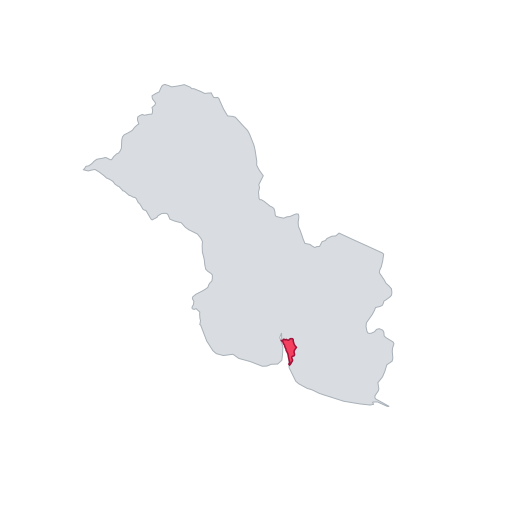 location of III-1 Essequibo Islands, Essequibo Islands-West Demerara, Guyana, rotated 153°
{"feature_id": "73187651B403858167670", "entity_name": "III-1 Essequibo Islands", "entity_type": "district", "adm_level": 2, "iso_a3": "GUY", "parent_name": "Guyana", "parent_adm1": "Essequibo Islands-West Demerara", "projection": "robinson", "projection_center": [-58.686, 6.757], "detail": "fine", "context": "in_parent", "style": "filled", "palette": "rose", "viewbox_px": 512, "rotation_deg": 153, "n_neighbors": 0, "source": "geoboundaries", "source_scale": "gbopen_adm2", "svg_char_len": 4990}
<svg xmlns="http://www.w3.org/2000/svg" viewBox="0 0 512 512"><g transform="rotate(153 256 256)"><path d="M171.6,238.7L161.8,226.2L151.8,213.7L142.1,201.4L141.4,199.7L145.5,193.9L149.2,189.6L152.2,187.2L153.7,185.1L152.6,176.1L152.6,172.8L151.2,169.3L150.2,165.3L151.4,162.0L152.9,159.7L154.8,158.8L159.4,158.0L162.6,157.7L163.7,156.4L165.6,154.8L168.1,154.7L172.9,155.8L175.1,153.8L179.0,151.1L187.9,146.4L189.9,143.4L191.3,138.7L191.2,136.5L190.3,135.6L188.1,134.8L184.7,134.7L182.0,135.9L179.2,135.3L176.8,132.4L176.7,130.0L178.1,126.6L177.3,124.3L172.9,117.2L172.9,115.2L176.1,112.0L177.9,109.2L180.5,102.7L182.5,100.5L188.7,99.7L190.2,98.3L193.4,94.9L198.1,90.9L204.9,87.8L206.8,82.0L208.0,80.5L213.4,77.5L214.4,75.8L214.3,74.4L205.6,61.5L207.3,62.4L214.0,70.8L217.7,72.6L218.5,72.7L218.6,70.5L222.0,71.4L230.8,77.2L243.7,86.7L261.8,104.6L266.9,111.4L270.4,114.7L275.8,122.5L277.4,126.3L277.2,141.5L272.4,151.8L271.3,159.6L271.0,169.9L268.2,175.8L271.9,172.6L273.1,163.3L276.2,157.6L280.3,151.4L285.7,149.9L291.6,152.6L296.3,153.0L300.4,154.9L309.3,164.8L317.9,172.6L321.1,178.9L330.2,182.1L335.7,187.0L337.4,191.3L338.5,202.6L336.7,219.5L337.2,220.4L334.7,223.7L334.3,225.8L332.7,229.6L331.5,231.6L333.3,236.3L335.3,236.5L336.1,237.1L336.7,238.1L336.5,239.1L335.7,239.9L333.8,241.1L331.9,243.8L332.1,246.8L330.9,248.3L327.1,249.2L319.7,249.2L316.1,249.4L313.1,249.9L311.2,251.8L308.8,253.2L306.9,253.5L305.2,255.7L303.5,258.9L304.1,261.1L305.8,264.0L306.8,267.0L305.5,271.8L304.0,275.5L303.2,278.3L302.0,283.8L299.2,289.8L297.1,293.2L297.1,296.9L298.2,302.2L304.0,309.9L305.9,313.6L307.5,319.5L312.7,324.1L316.0,327.9L315.7,332.8L316.2,334.4L318.2,335.6L320.7,336.6L323.5,336.5L325.9,336.1L326.5,335.4L332.2,335.3L332.8,336.5L333.2,343.7L333.4,346.6L334.8,347.7L335.6,349.5L335.6,351.1L335.9,355.1L336.7,357.2L336.6,361.5L337.2,363.0L338.7,364.1L340.7,367.1L341.5,367.5L341.9,368.6L343.6,372.9L344.4,374.2L345.0,374.4L345.3,375.9L346.5,380.0L347.4,381.0L349.0,384.0L349.6,387.3L351.7,390.9L353.9,393.5L354.8,396.2L357.6,402.1L360.2,406.2L363.8,407.3L366.8,407.9L368.7,409.5L370.6,411.2L368.6,412.0L366.8,413.1L364.3,412.3L360.9,412.7L357.3,413.9L354.0,414.5L347.8,412.6L345.9,412.3L344.7,411.5L342.1,407.9L340.9,407.4L337.6,409.2L333.5,410.3L331.6,410.1L329.3,411.3L327.1,413.0L323.0,420.2L320.9,422.7L318.6,423.8L314.1,423.8L309.2,424.1L305.6,425.8L302.2,426.7L300.5,426.8L299.9,430.7L299.1,432.5L298.1,433.6L295.4,433.9L293.0,433.7L291.6,432.1L288.9,431.3L286.5,430.7L285.0,429.8L283.8,430.0L282.7,431.6L281.9,433.0L281.2,435.6L277.6,436.4L276.0,437.9L276.9,442.7L276.5,444.6L275.8,446.0L271.4,446.3L267.7,446.2L265.6,448.0L262.9,450.1L261.3,450.5L259.4,450.3L256.9,447.9L254.4,445.0L248.3,442.9L242.1,441.2L238.1,436.5L237.2,434.2L235.3,433.2L230.5,427.6L227.9,424.1L225.1,423.1L221.8,421.6L221.9,419.0L221.7,416.5L220.3,415.5L218.3,414.8L217.6,413.4L217.8,410.2L218.2,401.7L217.7,393.7L213.3,390.9L211.4,389.0L208.1,377.0L206.5,371.7L206.4,367.7L207.5,355.8L208.8,350.6L212.2,340.3L214.1,336.8L214.2,334.2L214.1,330.8L213.1,324.2L218.8,320.0L221.2,318.2L221.7,315.4L224.7,311.9L226.1,308.5L227.2,305.8L226.9,304.4L225.6,303.6L224.0,301.1L220.7,293.8L219.5,292.4L218.5,290.3L219.0,287.1L220.3,283.6L220.1,282.2L218.1,280.3L214.1,277.1L210.7,276.9L208.0,275.8L204.2,275.6L201.1,275.3L199.3,274.1L199.7,272.2L200.5,270.7L203.1,267.0L204.8,263.1L205.0,259.3L205.6,254.3L206.3,249.9L206.7,245.0L202.6,241.8L201.3,239.1L199.7,236.8L197.8,236.8L195.0,235.7L190.6,238.8L187.2,238.3L184.8,239.4L179.4,239.2L175.9,237.7L171.6,238.7Z" fill="#d9dde1" stroke="#a8b0b8" stroke-width="1"/><path d="M261.5,156.7L261.7,157.2L261.8,157.9L262.0,158.3L262.0,158.7L262.0,159.2L262.0,159.7L262.0,160.3L262.0,160.8L261.8,161.5L261.7,162.0L261.6,162.6L261.4,163.2L261.2,163.8L261.0,164.2L260.8,164.8L260.9,165.4L261.1,165.8L261.5,166.0L261.9,166.3L262.3,166.5L262.8,166.7L263.3,166.7L263.8,166.6L264.3,166.5L264.6,166.3L265.1,166.2L265.5,166.3L265.9,166.6L266.2,167.0L266.5,167.3L266.7,167.8L267.1,168.0L267.5,168.0L268.1,168.0L268.4,168.3L268.6,168.8L268.9,169.2L269.4,169.3L269.8,169.1L270.0,168.8L270.5,168.6L271.7,169.1L271.6,168.3L271.0,167.5L271.0,167.2L271.3,166.1L271.3,165.3L271.0,163.8L271.4,162.3L271.6,160.9L271.5,159.6L271.6,159.2L271.8,158.9L272.0,158.2L272.1,157.9L271.9,157.3L272.0,155.9L272.0,154.3L272.2,153.7L272.3,153.1L272.5,152.8L273.1,150.9L274.0,146.9L274.3,145.9L274.7,145.4L275.8,144.8L275.6,143.5L274.8,143.8L274.4,144.0L274.0,144.2L273.7,144.4L273.3,144.6L272.9,144.9L272.6,145.2L272.1,145.4L271.7,145.6L271.4,145.8L270.7,146.5L270.5,147.0L270.5,147.4L270.5,147.9L270.5,148.5L270.3,149.2L270.1,149.6L269.6,149.9L269.2,150.1L268.7,150.1L268.3,149.9L267.8,149.8L267.3,149.9L266.9,150.1L266.6,150.4L266.3,150.8L266.1,151.4L266.0,151.9L265.9,152.3L265.9,152.8L265.6,153.2L265.3,153.8L265.0,154.1L264.7,154.4L264.3,154.7L263.8,154.9L263.4,155.3L263.0,155.5L262.6,155.6L262.3,155.8L261.8,156.0L261.4,156.2L261.5,156.7Z" fill="#f43f5e" stroke="#9f1239" stroke-width="1.5"/></g></svg>